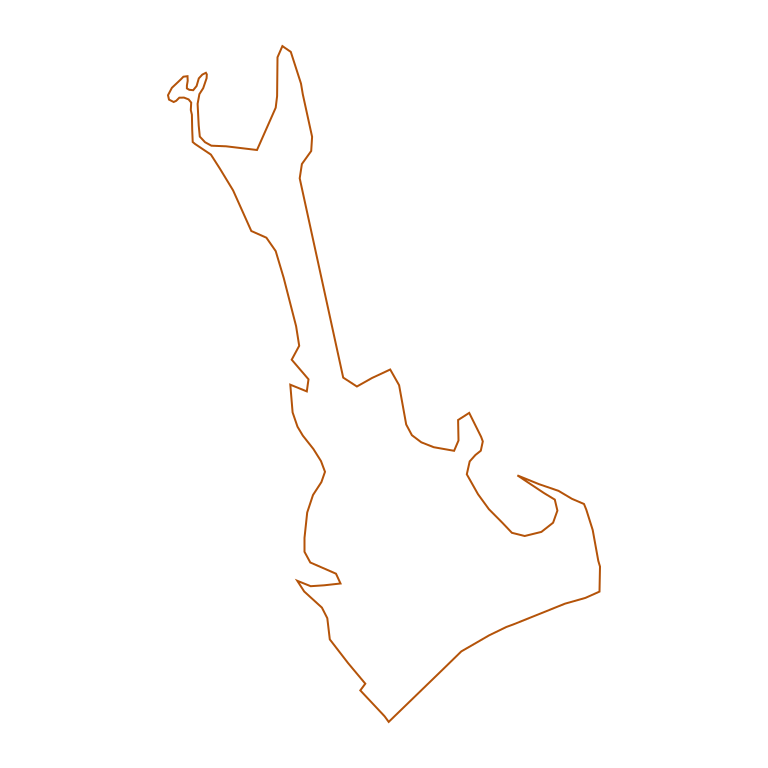 outline of Meketii, Koror, Palau
{"feature_id": "81905179B7875466527963", "entity_name": "Meketii", "entity_type": "district", "adm_level": 2, "iso_a3": "PLW", "parent_name": "Palau", "parent_adm1": "Koror", "projection": "mercator", "projection_center": [134.481, 7.348], "detail": "fine", "context": "isolated", "style": "outline", "palette": "amber", "viewbox_px": 768, "rotation_deg": 0, "n_neighbors": 0, "source": "geoboundaries", "source_scale": "gbopen_adm2", "svg_char_len": 1719}
<svg xmlns="http://www.w3.org/2000/svg" viewBox="0 0 768 768"><path d="M517.4,475.4L543.9,493.0L554.8,499.6L557.4,510.6L553.1,522.7L541.4,531.9L524.7,536.0L511.9,532.8L502.4,522.8L488.9,509.2L478.0,494.2L466.8,474.3L469.7,461.4L475.4,455.0L480.8,450.7L482.8,441.4L481.1,436.8L469.2,412.9L458.1,420.0L458.5,440.5L454.1,450.8L433.7,447.2L421.3,442.3L411.9,435.2L406.2,424.5L399.1,385.2L390.2,369.5L372.0,378.0L356.9,386.5L343.2,377.6L299.7,178.3L301.9,164.0L311.2,151.0L312.1,136.8L302.8,94.3L301.0,83.6L290.8,51.9L282.4,46.1L277.5,57.3L277.1,96.1L275.7,107.7L268.2,124.7L257.0,150.0L226.1,146.3L211.4,145.7L205.0,142.2L199.8,136.6L198.7,125.4L197.6,103.8L199.4,94.1L203.2,88.2L206.6,78.2L206.8,74.4L205.9,72.8L202.3,74.6L198.8,78.4L196.6,86.0L193.2,90.2L189.3,89.8L186.9,88.4L186.9,85.6L187.7,80.8L187.5,76.2L183.4,76.7L180.9,79.3L171.9,87.8L168.0,95.2L169.0,99.6L173.7,102.0L176.2,100.8L179.3,97.7L184.0,97.6L188.6,99.4L191.2,102.6L190.8,110.0L191.9,114.7L192.2,129.5L192.7,142.0L195.1,144.0L210.9,154.6L219.8,168.5L233.1,190.4L251.3,231.0L266.4,237.7L275.7,251.1L283.7,277.9L296.1,326.2L299.2,345.8L291.7,359.7L308.5,379.3L306.8,391.4L290.3,384.7L292.6,412.4L297.5,426.7L302.8,435.6L313.4,449.0L321.0,461.1L325.0,471.8L321.4,482.1L313.0,495.0L307.2,512.5L304.5,537.9L304.5,551.8L310.3,562.5L336.0,573.7L340.5,583.5L324.1,585.3L310.7,586.2L297.3,580.8L304.2,591.5L321.9,607.6L327.3,618.2L329.8,639.4L348.0,663.0L365.3,683.7L360.3,690.4L384.6,716.3L388.7,721.9L444.1,668.2L461.3,651.4L489.2,635.3L506.3,627.0L513.4,624.4L564.9,603.7L585.4,597.9L599.5,591.6L600.0,566.6L598.3,560.9L592.7,530.0L586.3,509.7L584.0,504.0L571.9,498.8L558.6,490.9L539.1,484.2L517.4,475.4Z" fill="none" stroke="#b45309" stroke-width="2"/></svg>